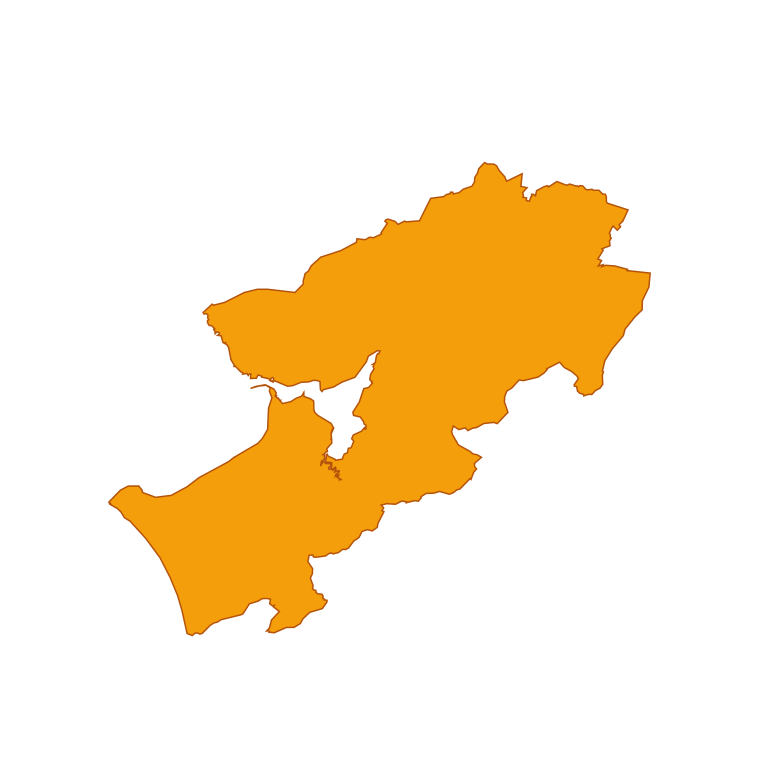 Wexford Lea-7, Wexford, Ireland (Natural Earth projection), rotated 148°
{"feature_id": "5873133B47724630895547", "entity_name": "Wexford Lea-7", "entity_type": "district", "adm_level": 2, "iso_a3": "IRL", "parent_name": "Ireland", "parent_adm1": "Wexford", "projection": "natural_earth1", "projection_center": [-6.494, 52.363], "detail": "fine", "context": "isolated", "style": "filled", "palette": "amber", "viewbox_px": 768, "rotation_deg": 148, "n_neighbors": 0, "source": "geoboundaries", "source_scale": "gbopen_adm2", "svg_char_len": 6162}
<svg xmlns="http://www.w3.org/2000/svg" viewBox="0 0 768 768"><g transform="rotate(148 384 384)"><path d="M293.9,294.3L291.4,305.0L288.2,309.5L283.6,312.9L277.6,312.9L267.3,315.8L264.0,313.0L249.6,308.2L242.6,308.5L238.0,309.8L238.0,310.7L223.5,309.4L222.3,302.3L218.4,295.5L216.1,288.6L216.5,285.4L223.2,282.5L223.7,281.3L222.0,279.6L223.7,275.4L222.8,272.4L220.2,269.4L220.9,268.1L216.0,266.8L213.3,265.0L208.1,266.4L203.2,266.0L198.7,267.8L194.2,275.7L191.5,278.0L191.8,279.4L184.4,286.7L172.0,292.8L155.4,298.2L150.5,302.8L135.8,307.9L125.8,310.1L120.7,317.8L107.9,325.9L99.5,337.0L117.8,351.4L116.7,352.1L125.7,361.8L133.3,367.3L137.0,368.1L135.1,369.1L139.7,370.5L134.1,373.4L136.4,376.7L127.2,381.3L127.5,383.2L119.1,381.5L117.0,385.8L113.9,387.3L114.3,388.6L112.9,390.8L113.1,392.3L108.9,395.2L106.0,396.6L104.7,390.8L100.1,392.0L100.1,394.6L95.4,395.4L84.8,402.3L98.7,418.9L98.9,420.5L96.0,425.4L95.9,427.9L97.9,429.1L99.1,434.4L103.7,437.3L104.4,438.9L108.3,440.6L109.6,442.0L110.5,446.7L112.7,448.4L114.5,448.2L114.8,449.5L116.1,449.9L120.5,455.1L123.9,455.8L130.1,464.1L140.1,463.9L140.0,465.4L143.4,466.5L152.2,467.1L155.8,463.3L157.0,466.0L158.4,466.6L159.1,464.9L160.2,464.9L163.8,462.0L166.1,464.1L164.5,466.3L167.2,468.7L165.8,470.1L165.0,472.8L158.7,474.7L163.2,479.0L155.4,489.1L172.6,491.0L171.8,495.8L173.2,503.9L172.9,509.5L174.5,512.4L179.6,515.7L181.5,518.5L189.5,516.4L192.8,513.4L197.5,511.1L200.3,507.3L204.7,505.1L213.3,507.2L219.1,506.5L224.5,508.5L224.1,510.3L226.1,511.4L226.7,510.3L230.7,511.6L234.1,511.3L246.0,516.7L267.4,503.6L279.4,509.8L280.1,511.2L287.5,511.9L288.5,516.1L293.2,521.7L295.6,522.2L297.0,521.6L296.1,518.5L306.4,513.8L306.5,512.5L315.3,513.6L318.4,516.1L323.4,516.3L330.0,521.5L332.3,518.8L349.9,520.0L370.4,525.1L383.1,522.8L388.4,519.8L392.4,519.4L398.1,514.0L399.4,511.6L411.0,508.8L432.4,525.9L441.1,531.4L453.9,535.6L476.2,537.7L486.7,541.1L487.4,542.8L499.5,540.5L499.6,538.8L497.3,537.9L496.8,535.6L498.5,533.5L498.5,531.4L500.1,531.3L501.2,529.4L501.2,526.1L499.4,525.1L498.2,520.6L499.0,519.9L499.7,521.1L499.3,518.9L500.5,516.1L498.0,516.8L496.5,514.8L497.4,513.6L499.3,513.4L496.6,511.2L498.6,504.4L497.4,503.1L495.6,503.1L497.6,502.7L496.4,500.7L496.4,497.3L500.9,485.7L501.0,479.0L502.5,478.3L500.8,478.2L499.1,470.6L499.7,470.4L498.9,470.4L497.8,468.1L498.7,467.3L494.4,465.3L494.8,462.3L494.5,464.0L491.6,463.2L494.3,459.4L489.1,456.5L486.2,458.4L483.4,455.3L484.1,454.7L478.1,448.7L479.1,447.7L476.9,444.3L476.3,444.8L478.4,447.7L477.0,448.7L475.0,448.5L474.6,447.3L475.8,445.8L475.2,444.8L466.8,433.1L462.3,431.0L453.2,429.3L446.8,425.7L441.8,424.5L438.8,422.3L437.0,420.0L440.9,412.9L440.6,410.5L438.4,411.3L428.4,408.2L418.2,407.8L405.1,405.1L387.2,412.2L382.6,415.9L372.0,415.8L369.9,414.2L372.3,412.5L373.3,413.1L375.5,411.9L380.0,406.8L383.2,406.6L382.0,405.9L384.0,404.5L384.5,402.1L390.2,399.3L393.3,395.9L393.8,394.3L392.8,392.7L393.8,392.0L393.4,390.9L398.9,389.2L403.6,390.8L414.5,381.8L425.3,376.6L426.5,373.5L421.6,368.6L421.3,362.7L422.1,360.6L421.2,359.0L421.5,357.5L423.6,357.2L422.7,355.9L423.7,355.4L424.8,357.0L428.0,355.9L437.1,357.0L440.4,354.7L439.9,351.6L444.3,348.3L445.9,347.4L448.4,348.4L451.3,345.1L454.9,345.6L459.3,342.4L465.6,345.1L465.2,345.8L469.6,352.5L469.3,354.6L470.5,354.6L472.4,351.4L474.3,350.3L474.6,348.6L470.0,345.1L472.1,341.7L474.3,340.3L472.5,339.1L469.2,339.1L469.4,338.0L471.7,335.5L468.2,334.7L468.2,333.5L473.8,331.4L470.6,330.8L473.0,329.3L471.6,327.5L472.6,326.4L470.1,325.4L472.8,326.4L471.8,327.6L473.2,329.5L470.9,330.7L474.1,331.4L473.4,332.4L468.6,333.5L469.0,334.8L472.5,335.4L469.8,337.9L469.7,339.0L473.1,337.9L473.1,339.1L475.9,340.9L475.2,342.5L473.4,342.3L471.2,344.6L475.5,347.3L476.0,349.7L477.1,349.9L476.5,350.6L481.3,348.0L478.2,351.5L477.0,351.6L477.5,352.2L475.8,351.3L473.9,352.2L472.0,355.7L474.1,357.0L471.6,356.1L470.0,357.1L467.7,356.7L466.9,359.4L459.6,361.6L457.7,364.9L458.9,365.5L457.4,365.4L455.0,370.2L450.7,373.8L454.7,370.1L450.0,373.3L449.8,378.7L456.7,392.3L457.8,396.5L457.1,399.3L452.7,406.8L454.1,410.3L458.5,415.9L456.5,419.3L460.5,417.3L466.1,418.5L472.3,418.4L480.3,421.1L481.0,424.3L480.3,424.9L481.1,425.1L481.1,428.0L481.8,427.9L482.3,430.2L480.7,431.2L482.4,430.8L482.5,431.6L480.1,433.4L480.1,438.2L484.8,445.9L485.8,446.6L493.8,449.8L499.5,451.0L491.2,448.6L484.8,445.5L482.6,441.1L485.0,438.7L486.3,431.8L494.7,424.7L506.7,407.2L515.9,402.3L522.5,400.5L549.8,401.2L550.0,400.4L550.1,401.3L556.7,400.5L590.4,402.6L605.8,401.2L623.5,402.3L637.7,408.9L646.4,420.1L645.4,421.8L646.0,427.4L655.0,433.0L663.8,433.6L679.4,429.8L679.3,427.2L680.1,428.3L680.2,427.3L676.0,419.4L674.9,414.9L674.9,408.0L672.0,402.2L667.9,379.5L666.0,355.4L667.9,333.3L671.1,314.1L675.4,298.8L683.2,276.8L679.8,272.2L676.6,272.9L674.3,271.9L672.8,269.6L670.5,268.8L659.1,271.5L654.4,271.4L651.6,270.4L646.9,270.4L627.3,264.0L625.2,263.9L614.7,268.9L605.4,266.5L601.3,266.6L597.4,264.5L594.3,261.7L597.4,258.2L596.1,254.9L594.4,254.3L595.8,253.5L593.3,246.5L604.4,243.5L610.5,237.8L614.4,236.7L612.4,235.6L612.2,234.6L612.9,234.3L608.9,231.2L595.8,229.3L589.3,225.3L581.8,225.2L577.3,227.8L567.9,229.7L555.3,226.2L548.0,229.3L546.9,230.7L549.1,232.5L548.5,233.0L549.5,234.8L548.1,236.2L548.0,238.6L551.5,241.3L552.1,243.5L551.1,245.0L552.9,246.8L552.9,248.4L551.0,250.6L549.3,258.5L545.2,261.1L542.4,265.3L542.7,273.7L538.2,278.5L534.9,276.6L535.5,274.8L534.0,273.4L524.9,269.2L520.3,269.4L517.9,268.3L517.2,266.9L512.0,265.2L506.6,265.7L504.1,263.9L501.0,263.7L493.1,266.8L486.5,267.1L480.8,270.6L475.2,269.3L471.8,265.6L465.7,266.0L463.0,269.0L451.7,275.8L452.9,277.6L449.9,279.2L450.6,282.8L445.2,281.1L437.9,275.9L431.0,275.3L427.4,272.2L428.1,271.5L420.0,268.9L416.9,266.4L412.9,267.7L412.3,268.8L406.4,268.9L399.3,264.9L393.9,263.5L387.0,255.9L383.1,255.1L378.1,255.6L375.3,254.7L361.2,258.2L360.9,256.9L354.8,261.6L350.5,262.9L350.9,265.9L349.4,268.7L340.2,270.2L342.4,274.4L345.7,277.8L346.9,281.5L353.2,292.8L352.8,304.3L351.9,307.8L347.5,311.6L344.7,305.7L338.3,303.7L337.5,300.0L332.4,299.6L328.5,298.0L320.2,297.6L311.2,293.2L309.0,290.4L293.9,294.3Z" fill="#f59e0b" stroke="#b45309" stroke-width="1.5"/></g></svg>